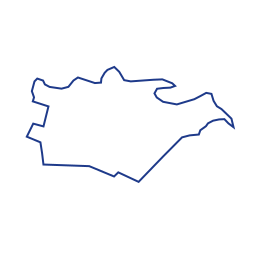 São Valentim do Sul, Rio Grande do Sul, Brazil, rotated 284°
{"feature_id": "56859067B59584339293430", "entity_name": "São Valentim do Sul", "entity_type": "district", "adm_level": 2, "iso_a3": "BRA", "parent_name": "Brazil", "parent_adm1": "Rio Grande do Sul", "projection": "equal_earth", "projection_center": [-51.744, -29.065], "detail": "fine", "context": "isolated", "style": "outline", "palette": "blue", "viewbox_px": 256, "rotation_deg": 284, "n_neighbors": 0, "source": "geoboundaries", "source_scale": "gbopen_adm2", "svg_char_len": 909}
<svg xmlns="http://www.w3.org/2000/svg" viewBox="0 0 256 256"><g transform="rotate(284 128 128)"><path d="M130.8,29.2L129.7,45.6L109.1,45.6L109.3,35.0L95.1,31.9L92.9,46.5L82.6,50.8L72.1,54.8L77.6,80.7L81.6,99.6L77.6,126.2L82.6,129.3L78.3,151.3L109.3,169.2L132.0,182.7L135.8,189.7L138.8,198.3L143.3,198.7L148.6,203.2L151.9,204.5L155.7,208.8L158.4,214.4L159.9,219.4L156.8,224.3L154.3,230.2L162.1,226.1L169.0,214.1L170.6,209.0L175.0,204.5L181.3,200.7L181.0,195.4L176.4,190.4L172.0,185.4L162.7,169.7L161.9,155.7L164.6,148.5L168.0,145.3L173.1,146.7L175.4,152.7L177.4,159.3L180.2,163.5L182.1,160.1L183.5,149.6L181.0,141.1L173.9,119.4L173.5,112.7L180.4,105.9L183.9,99.9L179.4,94.0L175.9,92.0L169.7,90.2L165.5,90.8L163.6,85.0L164.9,67.2L160.9,63.6L153.5,60.2L150.1,54.0L148.9,42.0L150.2,36.8L153.5,34.1L154.0,28.0L150.6,26.0L140.5,25.8L135.0,29.4L130.8,29.2Z" fill="none" stroke="#1e3a8a" stroke-width="2"/></g></svg>